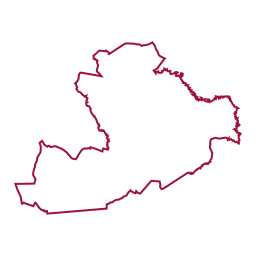 outline of Soconusco, Veracruz, Mexico
{"feature_id": "50627088B56409372857875", "entity_name": "Soconusco", "entity_type": "district", "adm_level": 2, "iso_a3": "MEX", "parent_name": "Mexico", "parent_adm1": "Veracruz", "projection": "orthographic", "projection_center": [-94.827, 18.007], "detail": "fine", "context": "isolated", "style": "outline", "palette": "rose", "viewbox_px": 256, "rotation_deg": 0, "n_neighbors": 0, "source": "geoboundaries", "source_scale": "gbopen_adm2", "svg_char_len": 5801}
<svg xmlns="http://www.w3.org/2000/svg" viewBox="0 0 256 256"><path d="M47.3,213.6L106.6,208.6L106.8,204.2L108.8,203.8L109.9,202.6L111.2,202.3L112.0,202.5L114.0,200.9L116.2,199.8L118.4,199.7L119.6,199.2L120.1,198.7L122.1,198.2L123.3,196.8L126.3,195.7L128.6,192.0L130.3,190.9L130.5,190.4L132.0,191.7L134.7,193.1L135.5,193.2L136.2,191.1L137.6,192.7L140.2,193.6L151.3,180.8L159.7,181.5L160.4,185.1L160.0,186.6L160.6,187.9L161.7,189.2L163.5,188.5L188.1,172.5L190.6,173.9L191.3,173.8L191.2,172.8L191.5,172.9L191.5,173.3L192.9,173.7L193.2,173.1L196.0,170.1L196.8,169.8L197.2,169.1L198.3,168.9L199.5,167.7L200.3,167.5L200.6,168.0L201.6,166.2L201.9,166.8L201.8,165.4L202.5,165.0L202.7,165.5L203.9,164.1L205.4,163.5L205.7,163.8L206.6,163.2L207.5,163.3L207.1,163.9L207.9,163.9L208.0,163.4L208.4,163.5L208.8,162.5L210.4,161.8L209.9,161.2L210.6,159.7L211.5,158.6L212.3,153.1L210.0,147.9L209.9,146.5L210.4,143.3L210.2,142.8L210.4,140.6L211.0,139.3L214.8,137.9L216.2,137.9L219.2,138.7L225.4,137.6L226.7,137.9L228.0,139.4L228.7,138.5L228.7,139.2L228.3,140.0L230.1,139.5L230.9,139.0L232.5,140.7L232.8,140.2L233.6,140.3L234.4,141.5L235.7,142.2L236.3,142.1L236.7,141.7L237.2,141.9L238.6,143.6L238.9,143.6L238.9,142.9L238.3,142.3L238.8,140.9L239.4,140.6L239.5,140.0L238.8,138.6L238.6,136.9L238.9,135.9L239.1,135.8L238.7,135.3L240.2,134.4L240.6,133.8L239.8,133.3L238.8,134.2L238.4,132.7L237.8,132.3L237.2,132.5L237.1,130.6L236.8,130.4L235.7,130.9L235.2,129.5L234.3,129.2L234.6,129.0L235.6,129.3L236.1,129.1L236.5,128.5L236.8,127.3L236.6,126.8L236.0,126.3L236.4,126.0L236.7,124.2L237.0,124.1L237.9,125.1L238.1,125.9L239.3,125.3L239.5,124.8L238.1,123.8L236.9,123.4L236.6,123.0L238.0,121.9L238.0,121.0L236.9,119.8L237.5,118.5L236.4,119.0L235.7,118.7L235.6,118.0L236.1,117.5L235.3,117.0L235.1,116.5L235.8,116.0L234.4,113.4L234.7,112.9L235.1,113.8L235.5,113.8L236.0,113.0L236.5,113.5L236.0,112.0L236.8,109.8L236.8,108.3L238.0,108.1L237.0,107.3L236.3,107.3L235.9,106.9L234.9,106.9L234.1,106.3L234.2,105.5L232.6,104.2L231.0,100.8L230.3,100.8L230.1,100.4L230.4,99.5L230.2,98.6L229.5,98.9L228.4,97.6L228.7,97.0L229.4,97.0L229.4,96.6L228.4,96.4L227.8,96.3L227.0,96.6L225.2,96.3L224.4,96.9L223.5,96.6L222.9,97.5L222.5,97.0L221.4,96.3L220.5,97.1L220.3,98.2L219.2,97.9L218.9,98.4L218.7,98.0L218.7,96.7L217.8,96.9L216.2,96.4L216.5,97.1L216.4,97.9L216.1,98.1L215.3,97.7L214.9,97.8L214.8,98.2L216.0,98.9L215.8,99.3L215.2,99.2L214.6,98.7L214.5,99.0L212.1,101.0L209.9,102.0L209.2,99.5L207.4,99.4L208.8,100.6L208.1,101.7L206.1,101.5L204.9,100.9L204.5,100.0L204.6,99.2L202.2,100.1L202.1,98.4L201.8,97.9L201.1,97.7L201.5,98.4L201.5,99.4L200.8,99.9L199.3,99.5L199.2,100.1L198.7,100.5L197.9,99.9L198.4,99.1L197.7,99.0L197.5,99.6L197.1,99.6L196.1,99.1L196.0,98.7L197.1,97.9L197.5,97.2L196.5,96.6L195.8,97.5L195.5,97.5L195.2,97.1L195.5,96.0L193.4,95.4L192.1,94.3L193.5,94.0L194.4,94.7L195.0,94.7L195.2,94.2L193.4,92.1L192.2,91.8L191.2,92.0L190.5,91.8L190.5,91.4L191.4,90.6L191.5,90.3L189.8,90.0L188.9,89.5L188.5,88.8L188.7,88.3L189.5,88.4L190.2,88.0L190.1,87.7L188.4,87.5L187.7,85.8L188.0,85.2L185.7,85.5L185.4,85.2L186.1,84.1L186.0,83.7L184.8,82.9L183.5,83.2L183.0,83.0L183.2,81.8L181.9,80.7L181.9,80.1L180.9,79.0L180.4,77.8L182.6,75.6L182.7,73.7L181.4,73.2L180.8,73.4L181.0,74.9L180.6,76.0L179.4,76.4L178.9,75.4L176.6,76.1L175.9,75.9L175.7,74.6L177.6,72.5L176.8,72.0L175.5,72.1L174.6,72.9L173.1,73.7L170.7,74.0L170.1,72.9L170.4,71.0L167.9,71.3L167.4,71.0L167.0,69.2L165.6,70.1L164.9,68.8L164.5,68.6L164.6,69.4L164.3,70.0L163.0,70.5L162.9,71.2L162.5,71.6L162.0,71.4L162.1,72.4L160.3,72.9L158.7,72.8L158.3,71.4L157.4,72.0L156.2,72.0L155.8,73.4L155.1,72.5L154.8,71.0L154.2,71.2L153.7,70.5L156.4,69.2L157.5,68.2L164.1,59.1L164.8,58.5L160.3,56.3L158.8,55.0L157.2,50.8L155.9,49.3L155.0,46.0L152.3,42.4L149.2,44.2L145.3,45.2L143.4,45.2L141.8,46.0L139.8,44.6L138.1,44.3L136.3,44.3L134.2,43.7L127.1,43.4L124.8,43.7L109.1,54.1L108.8,53.9L109.5,53.0L106.1,50.6L105.8,51.3L99.4,50.6L93.4,55.9L93.9,57.7L93.6,58.7L95.2,59.0L95.4,59.7L97.1,60.2L97.5,60.8L96.9,62.2L98.1,65.4L96.7,70.6L97.1,71.6L99.4,73.7L101.4,76.2L80.9,72.6L79.7,73.3L78.9,74.8L78.5,78.9L77.7,80.8L75.1,83.5L76.0,83.9L76.3,85.7L77.0,87.0L77.1,87.7L76.6,88.2L76.4,89.2L77.0,89.7L78.0,91.4L79.5,92.1L80.4,92.3L82.7,95.0L83.1,95.0L84.7,96.5L86.3,95.7L85.9,97.0L86.6,97.4L87.4,98.4L87.1,98.6L86.9,100.1L86.5,100.3L86.3,101.3L86.6,102.0L87.2,102.3L86.2,102.9L86.6,105.5L87.6,106.0L88.6,106.0L89.9,107.4L90.0,108.0L90.7,108.7L90.4,109.5L90.9,111.9L93.2,115.4L94.3,115.9L94.3,117.1L95.0,117.3L96.2,119.5L97.8,123.8L99.0,124.3L98.6,125.6L98.7,125.8L99.4,125.9L99.4,126.3L98.6,127.1L98.3,127.9L99.1,130.3L100.3,130.8L101.5,130.0L101.9,130.1L101.9,130.8L102.3,130.9L102.1,130.5L102.4,130.3L103.2,130.3L103.6,130.8L104.0,130.8L105.2,133.4L105.6,133.4L106.0,134.8L107.1,134.7L107.2,135.4L108.0,136.0L107.9,136.4L107.3,136.5L106.9,137.9L107.5,139.0L108.4,139.3L107.9,139.6L108.9,141.2L107.8,141.4L107.3,142.7L107.6,143.0L107.1,144.0L107.4,144.3L107.5,145.0L107.2,145.2L107.1,145.7L107.5,145.9L107.5,147.3L108.4,147.6L108.3,148.6L107.7,148.8L107.8,149.6L103.1,148.5L102.4,151.5L95.6,148.8L90.5,147.2L90.0,148.7L88.1,148.1L87.0,148.6L85.3,148.4L84.3,148.6L82.8,149.2L81.7,150.2L79.5,153.2L76.8,157.9L75.8,159.1L74.6,159.1L72.3,158.6L70.7,157.2L68.8,154.7L68.2,154.5L67.2,152.8L63.8,150.2L61.8,148.9L55.5,146.2L53.6,146.4L51.1,147.1L50.5,147.0L49.3,145.8L48.0,146.1L47.3,146.7L44.4,144.7L42.1,140.9L39.6,142.9L40.6,145.8L40.8,147.3L40.6,151.6L40.3,152.6L37.3,157.6L36.9,160.7L35.0,164.8L35.1,166.1L33.5,171.1L33.1,174.4L33.4,175.5L35.5,179.1L35.4,180.0L34.3,183.6L15.4,183.9L17.1,188.9L20.6,196.5L21.9,203.5L22.2,203.8L23.3,202.7L33.3,206.2L35.3,202.7L36.0,203.2L39.2,207.8L41.7,210.1L43.8,210.2L44.0,211.2L45.3,211.6L46.3,210.9L47.0,211.0L47.3,213.6Z" fill="none" stroke="#9f1239" stroke-width="2"/></svg>